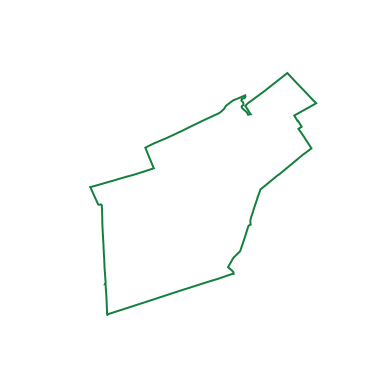 Armasesti, Ialomita, Romania (orthographic projection), rotated 200°
{"feature_id": "2599482B46256355361374", "entity_name": "Armasesti", "entity_type": "district", "adm_level": 2, "iso_a3": "ROU", "parent_name": "Romania", "parent_adm1": "Ialomita", "projection": "orthographic", "projection_center": [26.604, 44.779], "detail": "fine", "context": "isolated", "style": "outline", "palette": "green", "viewbox_px": 384, "rotation_deg": 200, "n_neighbors": 0, "source": "geoboundaries", "source_scale": "gbopen_adm2", "svg_char_len": 3722}
<svg xmlns="http://www.w3.org/2000/svg" viewBox="0 0 384 384"><g transform="rotate(200 192 192)"><path d="M251.0,217.7L250.8,217.5L250.4,217.0L243.1,208.9L242.9,208.7L236.0,201.2L236.3,201.0L238.0,199.6L241.2,197.1L251.4,189.2L255.1,186.5L259.0,183.8L262.4,181.3L264.1,180.1L268.3,176.9L269.9,175.7L270.3,175.4L271.5,174.6L274.3,172.6L276.6,170.9L280.7,167.9L286.8,163.5L287.5,163.0L289.3,161.8L288.7,161.3L286.8,159.3L285.5,158.0L276.1,148.4L275.8,148.2L275.6,148.2L275.4,148.2L275.1,148.2L274.8,148.3L274.6,148.4L274.4,148.5L274.0,148.8L273.6,149.0L273.2,149.1L272.9,149.1L272.6,149.0L272.4,148.8L272.3,148.6L272.1,148.4L272.0,148.1L271.7,147.3L271.4,146.6L271.1,146.1L270.8,145.3L270.6,144.8L270.2,143.9L270.0,143.3L269.5,142.1L266.8,135.2L265.7,132.4L265.6,132.0L263.7,127.4L259.9,118.5L258.3,114.8L257.5,113.0L255.8,108.7L254.9,106.8L253.3,102.9L252.5,101.1L252.1,100.2L251.6,99.1L251.3,98.4L251.1,98.0L250.8,97.1L250.4,96.0L250.0,95.1L249.6,94.3L249.4,93.8L249.0,92.6L248.3,91.0L247.9,90.1L247.6,89.3L247.2,88.5L246.5,87.0L245.8,85.4L245.0,83.6L244.2,81.7L243.6,80.5L242.5,78.1L242.2,77.4L242.2,77.1L242.3,75.7L241.8,76.0L240.9,74.1L240.4,72.9L239.9,71.7L239.0,69.7L238.7,69.0L238.3,68.3L238.1,67.7L237.5,66.3L236.6,64.3L235.9,62.6L235.4,61.3L235.1,60.7L234.4,59.0L234.0,57.9L233.6,57.0L233.2,56.0L232.9,55.4L232.7,54.7L232.1,53.4L231.8,52.7L231.5,52.0L231.1,51.0L230.9,50.5L230.6,49.7L230.3,49.1L230.2,48.7L230.0,48.2L229.8,47.7L229.7,47.6L229.4,47.6L229.2,48.2L229.0,48.5L228.7,48.8L227.4,49.8L226.2,50.7L191.4,77.9L171.7,93.4L163.5,99.7L146.2,113.1L138.4,118.9L125.9,129.0L125.0,129.4L124.9,129.4L124.9,129.7L125.1,130.0L125.4,130.4L126.6,131.4L127.4,131.8L132.4,133.7L131.8,137.2L131.3,140.2L131.0,142.2L130.7,144.0L130.4,144.8L129.4,146.7L128.2,149.3L127.6,150.5L127.0,151.7L126.5,152.9L126.9,169.4L127.3,177.5L127.3,179.8L125.7,181.3L126.6,183.1L127.5,185.5L127.6,187.1L127.9,189.3L127.8,191.2L128.1,196.9L128.2,199.4L128.3,202.1L128.3,205.0L128.4,207.5L128.5,209.4L128.6,210.4L128.5,211.1L128.5,216.2L128.6,217.7L128.6,217.8L128.1,218.6L127.1,220.2L122.2,228.5L119.5,233.1L116.8,237.6L116.3,238.0L103.8,259.4L100.5,265.1L99.4,266.6L94.7,273.8L94.8,273.9L96.2,275.0L96.3,275.1L97.7,276.2L97.8,276.3L101.9,279.3L102.0,279.3L102.5,279.7L105.9,282.4L106.0,282.4L109.7,285.1L109.8,285.1L113.6,287.8L111.3,290.8L116.7,295.1L117.0,294.8L122.1,298.8L110.6,312.1L106.8,316.5L105.7,317.9L109.2,319.5L110.9,320.3L117.5,323.7L130.3,329.9L143.1,336.4L158.9,310.9L168.1,297.1L169.8,294.7L171.3,291.0L167.7,288.4L164.4,285.7L163.5,285.1L165.7,283.8L166.2,284.3L166.7,284.7L167.7,285.6L169.0,286.2L169.8,286.6L171.3,287.0L172.3,287.4L173.2,287.9L173.7,288.2L174.1,288.5L174.3,288.7L174.4,289.1L174.6,289.5L174.5,289.8L174.5,290.0L173.6,291.1L173.6,291.9L173.8,292.5L174.0,292.9L174.5,293.5L174.9,293.8L175.6,294.1L176.0,294.3L176.6,294.6L176.8,294.8L176.9,295.2L177.0,295.6L177.0,296.0L177.0,296.4L176.9,296.5L176.4,296.8L176.0,297.2L175.4,297.7L175.1,297.9L174.8,298.2L174.5,298.8L174.4,299.5L174.5,300.0L174.7,300.5L175.0,301.0L176.2,299.9L184.7,292.1L186.3,289.7L189.5,284.7L189.7,283.7L190.0,282.5L190.2,281.4L190.3,281.0L190.5,280.6L191.0,279.6L191.6,278.5L192.1,277.6L192.4,277.0L192.7,276.5L192.9,276.2L193.2,275.9L193.4,275.5L193.6,275.2L194.0,274.8L194.2,274.7L197.6,271.3L204.7,264.3L211.7,257.1L217.2,251.4L218.8,249.7L220.4,248.0L223.9,244.4L224.9,243.5L225.3,243.1L226.5,241.8L229.1,239.2L230.4,237.9L232.4,235.9L234.4,233.9L236.9,231.6L237.7,230.9L238.5,230.1L240.8,228.0L243.0,225.9L243.6,225.5L244.0,225.0L244.2,224.9L244.6,224.4L245.1,223.9L245.4,223.6L245.7,223.3L246.0,223.0L246.6,222.3L247.4,221.5L248.6,220.3L250.4,218.3L250.7,218.0L251.0,217.7Z" fill="none" stroke="#15803d" stroke-width="2"/></g></svg>